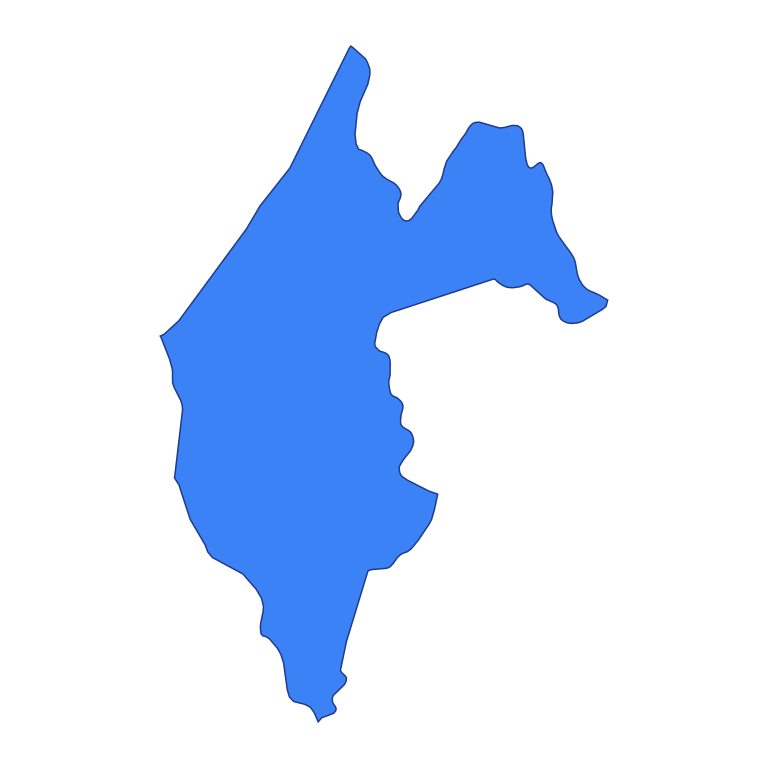 the Region of Thiès
{"feature_id": "SEN-768", "entity_name": "Thiès", "entity_type": "Region", "adm_level": 1, "iso_a3": "SEN", "parent_name": "Senegal", "parent_adm1": "", "projection": "natural_earth1", "projection_center": [-16.596, 14.801], "detail": "fine", "context": "isolated", "style": "filled", "palette": "blue", "viewbox_px": 768, "rotation_deg": 0, "n_neighbors": 0, "source": "natural_earth", "source_scale": "10m", "svg_char_len": 3363}
<svg xmlns="http://www.w3.org/2000/svg" viewBox="0 0 768 768"><path d="M160.3,336.1L164.2,334.2L178.8,320.8L246.6,228.7L260.1,205.8L289.8,168.2L349.1,48.5L350.8,46.1L352.8,47.5L365.7,59.1L367.5,62.7L369.7,68.6L369.9,71.3L369.9,74.6L367.8,84.3L360.2,101.6L357.1,113.3L355.0,134.3L356.1,143.9L358.6,149.3L362.1,150.4L367.1,153.0L369.6,154.8L371.2,156.9L372.4,159.1L375.2,165.5L380.3,173.4L381.8,175.2L383.4,176.7L387.1,179.4L394.0,183.1L396.4,185.1L399.3,189.0L400.5,191.5L401.0,194.2L400.7,196.4L400.1,198.5L399.2,200.4L398.6,201.9L398.0,204.1L398.5,212.2L400.5,216.5L402.3,219.1L404.4,220.5L406.6,221.0L408.8,220.7L410.6,219.4L412.2,217.8L417.7,210.4L419.9,206.1L439.2,183.1L441.4,179.0L443.0,174.1L444.2,168.6L446.7,161.1L453.3,151.2L456.1,147.7L461.0,139.6L465.2,134.1L468.7,127.9L470.1,126.1L471.7,124.4L473.6,123.0L476.3,122.3L479.5,122.2L499.6,128.0L504.6,127.5L511.1,125.7L513.5,125.4L517.6,125.8L519.9,127.1L521.7,129.0L522.6,131.1L523.2,133.7L525.6,157.6L527.0,164.0L528.5,166.9L530.4,168.1L532.5,167.8L534.3,166.6L538.0,163.5L540.3,162.5L542.0,163.5L543.3,165.3L547.1,174.8L548.3,176.8L549.8,180.1L551.6,185.2L552.8,192.0L551.9,204.8L551.4,206.9L551.2,211.2L551.6,215.4L552.6,220.3L556.7,232.5L559.0,236.8L571.5,254.0L573.8,258.1L574.8,260.6L575.5,263.4L577.0,272.3L577.9,275.9L579.3,279.5L582.2,284.6L584.5,287.1L586.7,289.1L588.7,290.4L598.4,294.6L607.7,300.1L606.0,306.4L602.5,309.3L582.0,321.5L577.1,323.0L571.4,323.4L567.7,322.9L565.0,321.9L562.7,320.7L561.0,319.2L559.8,317.2L559.0,314.8L558.6,312.0L558.4,309.2L557.6,306.5L556.1,304.1L553.2,302.4L546.2,299.3L544.4,297.9L530.0,284.8L527.9,284.1L526.3,284.1L525.6,284.4L525.3,284.5L525.1,284.6L524.7,285.0L522.8,285.8L519.5,286.8L513.4,287.7L509.6,287.6L506.5,287.1L502.7,285.4L497.7,282.0L496.7,280.9L495.5,279.7L493.9,278.9L391.2,312.5L383.1,317.3L379.2,324.6L376.7,332.4L374.7,343.5L375.0,345.8L375.9,347.3L378.3,349.9L380.0,351.2L383.9,352.4L386.0,353.3L387.8,354.7L389.1,356.7L389.8,359.4L390.2,362.3L390.1,375.0L389.0,380.2L388.7,383.0L389.5,388.8L390.2,391.7L391.0,394.2L392.6,395.8L396.8,397.7L398.6,399.1L400.3,400.7L401.7,402.4L402.7,404.5L403.0,406.8L402.7,409.0L401.2,414.4L400.7,418.4L400.5,422.7L401.2,425.0L402.6,426.7L404.3,428.1L408.4,430.3L410.2,431.8L411.6,433.6L412.6,436.0L413.3,438.7L413.7,441.8L412.7,446.1L410.4,450.9L404.1,458.7L401.2,463.2L399.3,466.7L399.3,469.6L399.7,472.3L400.7,474.7L402.1,476.5L407.3,480.1L428.7,491.0L437.7,494.2L434.5,509.3L431.5,519.6L429.3,523.8L418.1,540.5L411.0,549.0L407.3,551.7L402.8,553.3L400.8,554.4L397.5,557.4L393.3,563.3L391.7,565.1L390.1,566.7L387.9,567.9L385.5,568.4L371.5,569.6L369.4,570.2L367.9,571.1L346.4,641.6L340.4,670.4L341.7,672.5L343.2,674.1L345.0,675.7L346.4,677.6L346.3,680.6L344.5,684.5L333.5,695.2L332.3,697.5L332.4,701.7L333.6,704.1L335.1,706.3L336.1,708.3L335.7,710.9L333.6,713.3L321.6,717.8L318.3,721.8L318.2,721.9L314.2,712.6L310.4,707.3L304.8,704.3L293.7,701.5L289.5,697.1L287.3,689.9L283.6,663.0L280.9,654.4L277.4,648.2L269.4,638.8L265.7,636.5L262.8,635.8L261.0,633.7L260.3,627.2L260.9,622.1L263.0,612.2L263.5,606.5L261.5,598.3L256.3,589.4L242.9,574.0L212.4,557.5L207.7,551.8L205.3,545.2L190.2,519.4L179.0,485.0L174.5,477.9L174.6,477.6L182.6,409.4L182.1,404.8L180.7,400.3L174.1,387.3L172.6,382.8L172.5,371.0L172.1,368.3L169.6,359.2L160.8,336.8L160.3,336.1Z" fill="#3b82f6" stroke="#1e3a8a" stroke-width="1.5"/></svg>